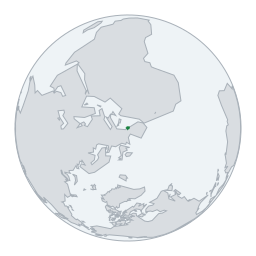 Barcelona on an orthographic globe, rotated 205°
{"feature_id": "ESP-5809", "entity_name": "Barcelona", "entity_type": "Autonomous Community", "adm_level": 1, "iso_a3": "ESP", "parent_name": "Spain", "parent_adm1": "", "projection": "orthographic", "projection_center": [1.935, 41.755], "detail": "fine", "context": "on_globe", "style": "filled", "palette": "green", "viewbox_px": 256, "rotation_deg": 205, "n_neighbors": 0, "source": "natural_earth", "source_scale": "10m", "svg_char_len": 10166}
<svg xmlns="http://www.w3.org/2000/svg" viewBox="0 0 256 256"><g transform="rotate(205 128 128)"><circle cx="128" cy="128" r="113" fill="#eef3f6" stroke="#a8b0b8"/><path d="M25.7,175.1L25.0,173.5L24.2,171.6L21.1,163.4L18.6,155.0L16.8,145.8L16.7,142.7L16.3,138.9L17.7,136.6L18.2,128.6L18.0,125.9L17.1,126.7L17.1,116.6L18.4,109.4L24.9,82.7L27.0,78.2L29.2,74.1L42.5,55.1L31.6,69.8L34.6,65.0L39.2,58.8L45.6,51.5L49.9,47.0L58.8,39.7L67.7,35.5L64.8,37.5L67.3,36.5L71.1,34.1L73.0,32.8L86.7,28.1L99.8,23.3L102.4,21.4L103.1,22.3L106.8,18.8L112.9,17.2L107.0,19.4L107.1,19.9L111.8,18.7L112.9,19.1L115.8,18.8L116.7,19.4L113.2,21.0L113.7,21.5L117.0,20.7L120.0,21.0L115.1,22.0L119.9,22.8L114.8,26.1L101.1,29.4L99.2,32.7L87.5,40.2L89.5,40.4L86.3,43.7L87.4,45.2L84.9,46.4L88.0,46.6L90.1,45.3L92.1,45.0L92.9,45.8L89.9,47.4L89.0,47.2L88.6,48.2L86.7,48.6L88.1,48.9L84.4,50.9L89.3,50.2L87.3,53.0L84.5,54.0L83.2,52.1L73.5,50.7L70.3,51.6L67.0,54.4L64.0,63.4L61.0,65.3L58.1,69.2L60.5,68.8L63.5,65.7L67.1,66.2L70.5,62.6L72.4,62.3L76.5,59.6L77.5,62.0L76.3,66.0L73.0,68.5L72.4,70.4L76.9,69.8L72.0,76.5L71.1,84.6L69.6,86.3L64.4,85.9L61.0,81.1L54.3,81.7L60.3,83.5L56.6,88.1L56.7,89.9L57.9,91.0L59.9,90.2L59.0,92.3L52.7,91.1L53.4,89.1L55.4,89.4L53.8,87.3L49.5,87.0L48.0,89.6L43.2,87.1L42.0,89.0L40.3,89.7L42.5,86.8L38.5,92.2L32.6,91.7L27.0,101.3L30.7,91.0L30.9,87.4L30.6,84.1L29.7,85.5L30.7,79.8L29.3,78.6L25.4,84.1L22.4,91.2L21.6,96.7L22.9,95.2L23.2,98.4L19.7,103.9L19.7,111.7L17.8,117.3L17.3,122.4L18.2,124.9L18.8,129.8L20.4,128.6L22.4,130.5L21.3,135.6L23.4,133.1L23.9,137.7L28.7,144.9L28.0,145.5L31.9,157.6L38.0,166.6L39.4,171.7L38.5,173.2L41.0,176.0L41.1,177.5L52.8,188.0L60.3,195.5L60.9,200.3L56.6,202.5L56.9,210.4L50.2,207.5L51.4,209.9L51.1,210.3L45.0,204.1L39.3,197.4L34.2,190.3L29.6,182.9L25.7,175.1ZM25.3,104.0L25.4,115.8L23.8,112.1L24.4,112.1L24.7,108.4L24.7,103.2L23.6,100.4L25.3,104.0ZM28.9,102.3L28.7,100.7L29.1,101.9L28.9,102.3ZM73.7,32.2L71.1,34.1L67.2,36.2L69.2,34.6L73.7,32.2ZM81.2,28.8L80.3,29.6L77.6,30.2L78.9,29.5L81.2,28.8ZM103.9,20.1L101.6,20.9L103.5,20.1L103.9,20.1ZM116.0,18.7L116.3,18.4L117.7,18.4L116.0,18.7ZM75.6,58.5L76.0,59.1L75.1,59.3L75.6,58.5ZM77.0,56.9L75.6,56.7L76.0,56.0L76.9,56.1L77.0,56.9ZM120.4,19.4L122.5,19.7L119.8,19.7L120.4,19.4ZM78.6,57.3L77.0,54.6L77.8,53.3L81.8,52.6L78.6,57.3ZM123.3,20.0L128.5,20.8L129.6,20.1L129.4,22.7L125.1,21.0L121.5,21.0L123.5,20.5L123.3,20.0ZM90.3,44.5L88.2,46.0L89.2,44.0L90.3,44.5ZM90.5,43.3L90.7,38.1L94.3,36.5L93.5,38.5L97.6,35.9L99.2,37.7L97.4,39.5L94.7,40.1L97.4,40.3L90.5,43.3ZM128.4,24.0L129.1,24.6L127.7,24.3L128.4,24.0ZM93.0,44.7L92.7,43.7L95.8,42.2L96.9,43.9L95.5,43.8L93.0,44.7ZM97.8,34.5L100.3,33.8L102.4,35.0L103.6,34.9L99.6,37.6L97.8,34.5ZM95.3,44.6L97.4,44.9L96.7,46.4L93.4,45.6L95.3,44.6ZM96.1,41.1L97.7,40.5L97.2,41.4L96.1,41.1ZM95.4,52.3L95.0,50.9L96.6,50.0L95.4,52.3ZM98.2,44.9L98.5,44.4L99.1,43.9L100.3,44.4L98.2,44.9ZM101.3,38.3L101.6,39.0L103.0,37.3L104.6,38.2L101.6,39.9L103.6,39.6L104.1,39.9L101.1,41.0L101.3,38.3ZM103.3,43.6L100.0,46.2L100.4,48.8L99.0,49.7L98.6,45.4L103.3,43.6ZM102.2,41.9L102.6,43.1L100.7,43.5L99.3,42.9L102.2,41.9ZM106.7,38.3L105.1,36.4L105.8,36.2L106.7,38.3ZM103.7,44.2L104.5,43.6L104.0,44.3L103.7,44.2ZM106.2,40.0L105.6,39.3L106.4,39.0L106.2,40.0ZM106.6,42.9L105.6,43.7L104.6,43.3L106.6,42.9ZM106.8,41.5L108.0,41.3L104.9,42.7L106.3,41.2L106.8,41.5ZM107.1,39.8L107.4,39.4L107.3,40.2L107.1,39.8ZM110.9,44.1L107.2,46.0L105.0,45.0L109.0,43.3L110.9,44.1ZM225.3,71.3L227.3,74.8L228.2,76.5L228.3,77.0L230.9,82.6L231.9,84.4L236.4,97.4L236.5,98.2L238.3,105.1L238.9,108.2L238.9,108.3L237.6,102.6L235.3,97.0L236.2,101.9L234.9,98.8L231.9,96.1L232.4,103.2L234.1,119.5L236.4,128.3L236.1,134.8L230.7,127.6L227.0,120.5L225.9,123.7L219.8,121.2L211.6,129.8L209.7,128.4L208.3,131.1L203.8,131.7L200.6,129.1L198.2,131.1L206.7,138.0L209.1,135.7L210.1,129.7L212.0,132.8L216.2,133.0L214.3,145.9L200.9,164.4L198.3,158.2L181.7,144.2L181.5,141.6L181.4,141.4L181.1,141.0L180.9,145.4L177.6,142.2L187.8,153.5L190.1,159.0L200.7,164.9L200.0,166.5L203.1,167.0L211.4,158.5L211.7,160.7L208.5,174.0L196.0,194.3L197.0,201.3L194.9,208.0L185.5,215.7L184.8,219.4L179.7,222.6L178.4,224.7L173.4,228.1L165.8,231.8L154.4,234.7L154.9,233.4L151.0,231.3L146.2,222.9L150.3,217.4L149.8,213.2L141.5,204.1L143.4,197.7L140.8,195.3L135.8,196.4L132.7,193.3L129.5,193.4L108.7,195.3L101.6,190.3L91.5,175.0L94.8,169.7L94.1,162.5L115.5,139.2L121.4,140.8L139.8,136.1L142.3,136.8L141.7,142.9L156.7,147.6L159.8,141.8L171.9,142.3L179.0,139.4L178.8,127.6L167.2,132.1L163.7,127.4L171.8,119.2L181.8,115.5L180.7,113.6L173.2,111.7L174.2,106.8L170.4,110.7L172.9,112.1L170.6,114.8L168.2,113.7L168.7,111.9L165.3,112.1L164.0,120.9L166.4,123.3L158.4,127.3L161.6,131.7L159.8,134.6L153.8,128.3L153.4,125.4L143.3,119.2L143.0,122.5L152.5,128.7L150.1,128.7L149.7,133.6L148.1,129.8L137.7,122.5L129.7,125.4L121.6,137.8L116.4,138.9L111.1,136.5L111.8,124.4L123.3,123.5L123.7,119.6L119.5,114.1L123.4,114.4L123.1,112.2L127.2,111.6L131.3,105.8L135.2,104.8L135.0,97.9L137.0,96.5L136.6,100.9L138.4,103.6L148.0,101.2L149.3,99.4L148.4,95.2L151.1,95.3L149.1,91.6L153.7,88.5L146.3,89.3L145.0,84.9L146.9,80.7L145.1,79.5L142.1,86.3L142.1,89.0L144.3,91.0L143.1,98.9L140.2,100.7L136.4,93.3L131.8,95.3L130.8,89.0L139.5,73.8L144.1,70.2L155.2,72.7L155.2,75.8L151.2,76.3L156.5,79.6L155.3,77.5L157.6,77.7L157.0,73.8L158.6,73.8L155.3,70.3L157.2,69.8L159.2,72.1L159.9,66.4L163.4,64.6L162.7,63.4L161.1,62.6L166.6,61.2L165.9,60.3L163.8,60.4L161.1,58.9L158.5,55.8L160.5,55.5L161.7,56.6L167.4,58.5L170.3,61.7L170.9,61.3L168.8,58.5L161.9,56.0L159.7,54.3L163.1,55.0L161.7,54.6L161.2,53.6L162.7,52.5L159.1,51.6L151.4,42.5L153.5,39.6L157.3,41.0L154.1,35.2L156.7,33.0L154.8,33.0L152.0,30.6L151.1,31.3L150.0,31.1L142.4,26.0L142.2,24.7L136.8,23.1L135.8,23.2L135.6,24.0L129.4,22.7L129.6,20.1L131.8,20.0L130.5,18.8L135.7,18.8L139.4,18.4L145.8,19.6L148.2,19.4L147.4,19.0L150.0,18.7L158.1,20.0L155.1,20.8L143.6,20.4L148.6,20.6L148.5,21.2L150.9,21.7L154.4,22.0L154.1,21.6L165.0,26.3L175.4,29.7L172.1,27.3L172.8,26.7L181.8,29.8L198.4,40.7L199.5,41.1L201.5,42.6L204.6,45.4L201.9,43.2L202.5,44.2L200.5,42.7L204.6,46.8L201.9,44.9L206.4,49.3L207.7,49.9L205.1,46.7L210.1,51.8L211.0,52.0L213.4,54.5L219.7,62.6L225.3,71.3ZM109.8,152.1L109.6,154.3L109.8,152.1ZM193.6,117.1L198.7,114.0L194.2,108.7L195.8,107.2L193.6,106.1L193.8,108.4L188.3,105.0L189.7,101.5L188.0,98.9L186.1,99.9L184.5,106.9L192.3,111.7L192.1,115.2L193.6,117.1ZM28.9,145.1L29.3,146.9L28.4,145.8L28.9,145.1ZM22.7,113.6L23.1,115.3L23.1,116.9L22.6,115.9L22.7,113.6ZM28.3,126.8L29.1,129.0L27.9,127.5L28.3,126.8ZM25.6,117.5L27.5,125.2L25.1,123.1L24.1,118.3L25.3,120.4L25.6,117.5ZM27.0,104.5L27.1,105.9L26.5,106.5L27.0,104.5ZM29.1,103.3L29.0,103.0L29.3,101.7L29.1,103.3ZM57.0,88.1L57.5,88.3L58.3,89.8L57.2,89.8L57.0,88.1ZM66.3,93.0L64.7,96.4L65.1,93.9L63.2,94.3L61.7,89.8L68.8,86.9L65.9,88.9L66.3,93.0ZM61.7,83.2L61.9,86.2L61.4,83.1L61.7,83.2ZM117.4,101.4L119.4,102.7L118.6,105.3L113.6,107.3L114.6,103.4L117.4,101.4ZM122.4,104.0L119.9,96.5L123.0,95.1L121.7,97.1L123.9,97.0L122.4,100.2L127.7,106.5L127.4,109.3L118.3,111.1L121.5,108.9L119.3,107.6L122.4,104.0ZM108.4,81.9L107.4,79.2L115.3,79.7L115.3,82.2L110.3,84.1L107.3,82.4L108.4,81.9ZM85.9,56.8L85.0,56.2L85.8,55.7L87.3,55.8L85.9,56.8ZM95.1,51.7L90.7,59.0L89.4,58.7L88.3,63.7L84.6,64.8L85.4,61.4L81.7,66.2L81.0,63.6L78.8,67.0L81.1,59.4L80.3,57.4L82.6,59.2L86.1,58.2L87.3,57.2L90.3,53.0L90.2,48.6L93.7,47.1L96.1,47.3L96.6,48.1L94.2,48.7L96.6,49.4L93.6,51.0L95.1,51.7ZM122.5,53.4L119.5,53.2L123.8,56.0L120.8,57.1L121.5,57.3L119.9,59.2L119.2,62.0L117.6,62.1L118.0,63.2L116.9,64.5L116.9,66.0L114.1,67.0L113.9,68.9L112.6,68.3L113.0,71.5L111.4,69.5L109.9,71.3L112.3,72.2L96.8,74.8L91.6,77.8L88.1,81.5L85.9,78.0L87.7,72.5L91.8,66.8L97.2,64.6L95.2,63.6L97.2,62.3L97.9,63.7L98.0,60.8L99.8,60.2L103.5,55.9L102.4,52.5L103.7,51.0L105.1,52.0L105.4,49.8L108.8,50.7L109.8,49.6L114.2,49.6L116.2,52.4L117.1,51.0L120.5,51.1L122.5,53.4ZM112.1,44.2L115.2,46.9L115.0,48.9L107.5,48.1L106.1,48.9L101.3,48.7L101.7,45.9L103.0,46.2L104.4,45.8L103.7,46.8L105.3,45.7L107.2,46.1L108.9,45.4L109.4,46.5L112.1,44.2ZM144.4,134.1L146.2,134.1L148.8,133.3L148.6,136.5L144.4,134.1ZM137.2,129.2L138.7,128.6L139.8,132.5L137.9,132.7L137.2,129.2ZM138.7,125.1L138.7,128.3L137.6,126.6L138.7,125.1ZM137.9,100.2L139.4,99.4L139.9,100.3L139.4,101.9L137.9,100.2ZM134.7,62.7L133.0,62.0L133.3,61.4L131.0,58.7L133.1,57.8L135.2,59.1L134.7,62.7ZM177.4,130.3L175.8,133.2L174.5,132.7L175.3,131.8L177.4,130.3ZM161.9,135.5L165.9,135.8L161.8,136.4L161.9,135.5ZM136.6,61.2L135.4,60.2L137.2,60.4L136.6,61.2ZM134.4,57.0L136.4,56.9L133.0,57.3L134.4,57.0ZM209.5,198.0L200.4,211.4L196.5,213.9L196.9,211.8L201.1,204.6L206.1,199.8L208.9,195.3L209.5,198.0ZM240.0,116.1L239.9,115.6L239.8,114.0L240.0,116.1ZM236.6,128.8L238.1,131.8L237.7,134.2L236.6,128.8ZM229.8,79.9L230.3,80.9L229.8,79.8L228.1,76.4L228.3,76.8L229.8,79.9ZM152.5,53.6L153.4,58.3L155.4,61.4L158.7,62.7L154.5,63.1L151.4,58.2L152.5,53.6ZM151.4,43.8L148.5,43.0L149.4,42.2L150.2,42.3L151.4,43.8ZM149.8,44.1L146.9,45.3L145.1,44.2L147.8,43.4L149.8,44.1ZM141.9,52.9L142.0,54.3L140.5,54.1L141.9,52.9ZM186.3,31.6L185.3,31.0L183.0,29.7L183.5,30.0L186.3,31.6ZM184.4,30.5L178.7,27.8L176.0,26.2L176.7,26.4L180.4,28.3L181.6,29.0L184.4,30.5ZM176.5,26.7L177.6,27.4L171.5,26.4L169.5,25.9L172.8,25.4L174.0,26.2L175.9,26.8L176.5,26.7ZM130.0,24.2L129.2,24.5L129.2,24.0L130.0,24.2ZM149.6,31.5L148.1,31.3L148.2,30.6L149.6,31.5ZM143.9,30.2L144.9,31.2L143.0,30.3L143.9,30.2ZM147.1,33.5L144.8,31.7L148.2,33.2L147.1,33.5Z" fill="#d9dde1" stroke="#a8b0b8" stroke-width="1"/><path d="M129.2,128.2L129.1,128.3L128.8,128.4L128.7,128.5L128.4,128.8L128.2,128.9L128.1,129.0L127.9,129.0L127.5,129.1L127.5,128.9L127.4,128.8L127.4,128.7L127.2,128.5L127.3,128.4L127.2,128.3L127.2,128.2L127.3,128.2L127.2,128.1L127.2,127.9L127.3,127.9L127.3,128.0L127.4,127.9L127.4,128.0L127.5,128.0L127.6,127.9L127.5,127.7L127.6,127.4L127.7,127.2L127.9,126.9L128.0,126.9L128.2,127.0L128.2,127.3L128.2,127.2L128.3,127.3L128.4,127.2L128.5,127.2L128.5,127.3L128.8,127.4L128.8,127.5L128.7,127.6L128.8,127.6L128.7,127.7L128.7,127.8L128.6,127.7L128.6,127.8L128.9,128.1L129.0,128.0L129.2,128.2Z" fill="#22c55e" stroke="#15803d" stroke-width="1.5"/></g></svg>